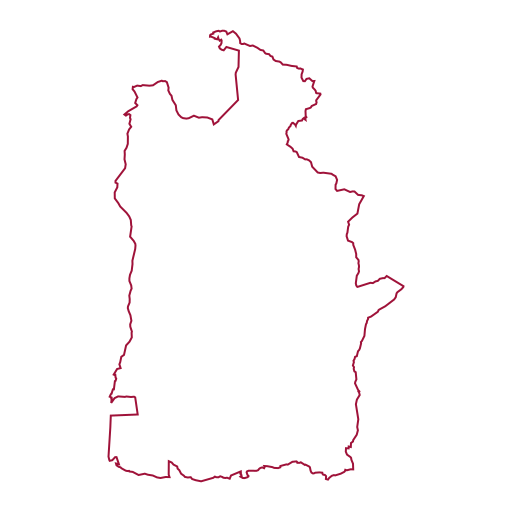 the district of Alesd, Bihor, Romania
{"feature_id": "2599482B2208634986084", "entity_name": "Alesd", "entity_type": "district", "adm_level": 2, "iso_a3": "ROU", "parent_name": "Romania", "parent_adm1": "Bihor", "projection": "robinson", "projection_center": [22.42, 47.104], "detail": "fine", "context": "isolated", "style": "outline", "palette": "rose", "viewbox_px": 512, "rotation_deg": 0, "n_neighbors": 0, "source": "geoboundaries", "source_scale": "gbopen_adm2", "svg_char_len": 6027}
<svg xmlns="http://www.w3.org/2000/svg" viewBox="0 0 512 512"><path d="M353.2,469.4L353.0,463.7L351.4,459.8L351.1,457.9L350.5,457.1L347.0,454.6L345.8,451.7L346.0,448.2L348.6,448.4L348.7,446.5L350.8,447.0L351.0,443.0L353.0,441.5L353.2,440.1L356.7,434.8L357.9,430.3L357.2,427.0L358.3,419.3L355.9,404.2L356.9,399.6L359.7,395.0L359.1,392.5L358.5,391.6L359.2,391.2L358.1,390.0L355.0,383.3L355.3,381.8L356.4,379.4L355.7,372.2L354.4,371.4L353.7,368.9L354.0,367.2L352.9,365.5L353.9,362.1L353.5,360.8L354.5,359.1L355.1,356.8L356.8,356.2L358.0,351.3L359.2,349.9L359.9,348.4L361.1,343.4L360.9,342.1L361.9,341.0L364.4,335.9L365.0,329.1L366.0,324.2L366.7,323.0L367.1,320.8L368.0,319.2L368.1,317.7L371.0,316.6L377.9,311.7L378.5,310.2L379.2,309.6L385.2,306.3L394.1,299.5L395.7,297.3L396.6,293.3L397.4,292.2L401.4,289.2L403.3,287.1L403.5,286.2L386.7,276.0L384.6,278.1L383.0,278.1L379.8,278.8L377.8,280.9L375.5,281.4L372.9,283.1L370.4,282.8L357.5,286.9L357.1,286.7L356.3,285.5L355.8,283.3L356.8,275.7L358.4,273.1L359.0,271.4L358.6,269.0L359.0,266.9L358.9,265.2L358.4,263.2L358.7,261.5L358.5,260.0L356.2,257.3L356.2,254.0L355.1,249.6L353.3,245.0L353.2,243.1L352.0,242.1L348.0,240.6L346.6,236.2L346.8,234.1L347.4,232.7L348.2,226.7L349.1,224.7L348.1,221.7L352.4,217.5L357.4,213.6L359.2,204.2L363.8,196.1L361.8,195.3L358.1,194.9L354.5,191.5L352.6,191.4L350.1,192.0L344.3,189.3L337.1,190.9L335.5,189.0L335.6,184.7L336.3,183.5L337.1,179.9L335.6,176.3L332.4,174.5L331.6,173.8L323.4,172.7L320.2,173.0L317.7,172.5L312.2,166.7L311.0,162.2L309.0,160.3L306.7,159.3L305.2,159.4L302.4,157.7L299.0,157.0L296.8,152.2L295.6,151.5L293.6,151.3L292.6,148.7L290.6,146.9L286.8,144.4L287.7,142.5L287.8,141.2L288.3,140.7L288.6,139.4L286.3,133.8L286.6,132.4L286.5,131.3L287.1,130.2L288.2,129.3L288.9,127.6L290.5,126.0L290.8,124.8L292.2,122.9L293.0,122.8L295.2,124.7L295.8,125.8L296.0,124.7L298.3,121.0L302.0,120.5L302.7,119.0L304.1,117.9L304.5,119.1L305.5,119.8L305.2,118.3L306.4,117.2L305.7,116.0L305.5,111.1L305.9,109.2L309.6,108.1L310.8,107.5L311.7,106.0L316.1,104.0L316.6,102.2L316.2,101.2L316.2,100.3L320.5,94.5L320.3,93.6L316.5,93.2L316.1,92.9L315.7,91.0L315.0,89.9L312.8,87.6L312.5,86.5L314.3,81.0L312.4,81.1L309.3,78.3L306.5,78.9L304.9,81.2L303.3,81.1L301.5,77.6L301.6,74.3L302.6,71.6L302.9,69.5L300.1,68.4L299.1,68.7L297.2,68.0L296.7,66.5L291.4,65.9L286.7,64.8L282.8,64.6L280.8,62.4L279.4,61.6L275.7,61.0L273.5,59.5L272.4,56.6L270.5,56.0L269.1,54.2L266.0,53.7L265.1,53.1L263.3,50.5L260.4,49.9L257.4,47.8L252.8,45.5L250.0,46.0L244.2,43.5L243.2,44.0L241.6,44.0L240.2,43.1L240.1,40.9L239.5,38.5L236.0,33.7L232.9,31.2L227.4,34.3L226.3,31.6L224.4,30.8L222.4,30.7L219.9,31.5L218.7,30.8L216.2,31.3L213.2,32.5L213.4,33.6L210.8,34.5L210.1,35.2L210.0,36.7L211.0,36.6L214.7,38.1L214.7,38.7L217.2,39.3L218.1,37.4L218.6,39.1L219.7,40.7L221.2,39.7L221.6,40.4L221.5,43.0L220.7,44.8L219.0,46.6L219.8,48.4L221.6,49.7L223.7,50.3L226.4,47.0L238.9,50.6L238.5,67.0L235.8,72.7L235.6,74.5L238.1,100.0L218.6,120.0L218.4,121.2L213.8,124.4L212.3,119.4L207.3,117.5L202.1,117.2L198.9,117.7L193.9,115.7L188.8,118.2L186.4,118.6L183.0,118.1L181.2,117.2L178.5,114.5L176.4,110.4L175.8,105.3L172.4,99.9L171.5,95.7L169.9,93.9L168.3,90.4L168.6,87.7L166.9,82.2L165.2,81.1L162.7,81.2L161.8,80.7L157.8,82.0L153.0,85.3L149.5,85.7L142.7,85.1L140.8,86.1L137.2,85.6L134.0,87.0L132.9,86.8L132.6,89.2L134.5,91.5L137.5,97.5L136.4,99.1L135.2,103.0L137.4,105.2L136.6,106.4L128.3,111.2L124.4,114.5L125.9,115.6L127.6,114.4L129.1,114.1L130.4,115.1L130.0,117.9L130.6,119.2L129.4,123.8L131.2,126.8L129.1,129.4L127.4,133.7L127.9,136.5L127.8,143.9L126.5,147.8L124.6,150.9L124.8,154.6L124.5,159.3L125.7,164.3L125.1,168.2L115.5,180.9L115.5,182.6L117.5,183.6L117.3,187.3L114.7,192.4L114.8,198.4L118.3,203.1L120.2,206.5L126.6,212.9L129.2,216.4L130.8,220.0L131.2,225.3L131.6,226.5L130.1,236.7L133.7,240.9L135.3,243.8L135.5,245.6L135.2,249.0L132.4,260.7L132.5,264.1L131.7,270.7L130.0,274.8L129.4,278.3L129.4,281.0L131.2,285.4L131.6,288.6L130.6,290.8L129.3,295.6L129.7,299.1L129.6,302.6L128.0,306.4L127.8,308.1L128.7,311.2L130.4,315.2L131.4,320.8L130.2,324.3L130.3,326.7L131.9,331.6L131.6,332.8L131.8,337.4L129.5,341.7L126.1,345.4L124.0,354.9L121.3,356.8L120.2,362.2L119.4,364.3L120.6,368.1L117.1,369.0L113.7,374.6L114.3,374.9L115.3,374.8L115.6,377.7L116.2,378.4L116.2,378.8L115.5,380.9L114.9,381.1L113.9,389.3L112.9,389.3L111.6,393.6L111.3,393.6L110.6,394.7L109.7,396.7L111.5,397.5L111.3,398.4L111.7,398.5L111.2,402.9L114.6,398.1L118.1,396.4L124.9,396.9L126.4,396.5L131.0,397.0L134.0,396.7L135.2,397.4L137.7,414.5L110.8,415.6L110.3,427.9L108.5,456.6L109.3,460.0L109.7,460.8L112.3,460.2L115.2,457.1L116.5,457.1L118.9,464.2L116.0,463.5L116.5,465.3L118.7,466.8L120.5,467.3L121.5,468.3L125.6,470.6L127.1,471.0L129.1,470.9L129.4,471.5L132.7,471.9L138.6,475.0L144.8,473.7L147.8,474.7L152.8,475.5L157.0,477.4L160.5,478.0L165.6,477.0L169.5,477.1L168.7,474.6L168.8,461.2L171.7,462.5L173.5,464.6L177.2,466.5L177.6,468.6L179.3,470.2L181.1,473.7L183.9,475.7L184.9,476.9L187.8,477.5L190.7,477.2L192.1,479.0L195.7,480.2L201.1,481.3L213.3,477.8L214.9,476.6L216.1,477.2L218.4,477.3L220.2,476.3L222.6,477.1L223.2,477.7L225.4,478.0L227.0,477.7L229.7,478.7L231.0,475.5L240.8,471.4L240.9,473.3L240.4,473.8L241.3,474.7L241.6,476.1L241.1,476.0L240.4,476.6L242.8,478.0L244.6,478.1L247.2,477.3L248.4,476.5L248.5,476.0L247.4,474.8L246.6,472.2L247.1,471.3L248.8,470.7L256.4,470.8L258.1,470.2L259.1,468.9L260.3,468.0L262.2,467.4L264.1,468.2L264.7,466.9L264.3,466.0L267.3,466.2L272.3,467.1L274.2,467.9L278.1,468.1L280.3,467.3L280.4,466.0L286.4,464.4L287.8,464.6L292.4,461.8L296.4,461.4L296.9,461.7L297.3,462.8L299.8,462.8L300.8,462.3L304.8,464.9L305.2,464.6L306.0,464.9L309.3,466.6L309.9,467.3L310.6,470.7L311.4,472.5L312.8,473.4L313.8,473.4L315.3,472.7L319.4,472.4L322.3,472.7L322.5,473.8L323.2,474.7L324.8,474.9L325.9,475.9L326.1,476.5L325.9,479.0L328.0,479.6L329.2,477.9L331.8,475.8L333.9,475.1L335.2,475.4L340.7,473.7L344.2,471.9L344.9,471.2L345.3,469.8L346.8,470.3L350.6,469.3L353.2,469.4Z" fill="none" stroke="#9f1239" stroke-width="2"/></svg>